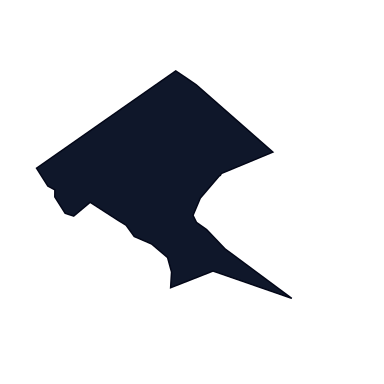 Tari/Pori District, Southern Highlands, Papua New Guinea (Natural Earth projection), rotated 304°
{"feature_id": "67681753B42536665224623", "entity_name": "Tari/Pori District", "entity_type": "district", "adm_level": 2, "iso_a3": "PNG", "parent_name": "Papua New Guinea", "parent_adm1": "Southern Highlands", "projection": "natural_earth1", "projection_center": [142.92, -5.861], "detail": "fine", "context": "isolated", "style": "filled", "palette": "ink", "viewbox_px": 384, "rotation_deg": 304, "n_neighbors": 0, "source": "geoboundaries", "source_scale": "gbopen_adm2", "svg_char_len": 548}
<svg xmlns="http://www.w3.org/2000/svg" viewBox="0 0 384 384"><g transform="rotate(304 192 192)"><path d="M223.1,87.6L124.8,49.8L116.3,69.2L117.1,77.1L111.2,81.0L103.4,98.8L105.9,107.4L126.5,113.3L127.2,146.7L127.6,155.9L122.8,169.0L126.3,187.6L124.0,208.4L114.2,219.8L100.7,227.8L138.2,253.6L159.6,334.2L163.1,256.4L163.1,255.6L163.3,251.2L169.0,225.2L169.3,212.7L173.2,205.9L191.5,202.3L220.5,205.6L221.6,206.2L223.8,206.0L270.3,236.7L283.2,135.7L283.3,128.0L283.3,110.8L223.1,87.6Z" fill="#0f172a" stroke="#020617" stroke-width="1.5"/></g></svg>